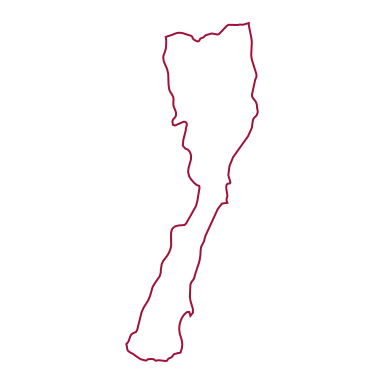 the border of Prachuap Khiri Khan
{"feature_id": "THA-420", "entity_name": "Prachuap Khiri Khan", "entity_type": "Province", "adm_level": 1, "iso_a3": "THA", "parent_name": "Thailand", "parent_adm1": "", "projection": "equal_earth", "projection_center": [99.562, 11.796], "detail": "fine", "context": "isolated", "style": "outline", "palette": "rose", "viewbox_px": 384, "rotation_deg": 0, "n_neighbors": 0, "source": "natural_earth", "source_scale": "10m", "svg_char_len": 2891}
<svg xmlns="http://www.w3.org/2000/svg" viewBox="0 0 384 384"><path d="M175.0,125.5L172.9,124.8L172.4,121.2L173.2,119.3L174.6,117.8L175.9,115.9L176.1,113.2L175.6,111.2L174.0,107.2L173.4,105.1L173.3,103.0L173.6,99.3L173.2,97.1L172.2,94.9L169.9,91.3L169.1,88.8L168.6,85.0L168.2,73.8L167.2,69.4L163.8,61.4L163.2,57.2L163.6,55.2L165.2,50.9L165.8,48.7L166.2,44.3L166.2,40.0L165.8,36.9L170.5,35.4L176.3,33.2L179.1,32.7L182.5,33.1L190.7,35.7L191.2,35.9L191.7,36.2L192.1,36.6L192.4,37.2L192.8,38.4L193.4,39.1L194.4,40.0L196.7,41.1L197.8,41.4L198.6,41.3L199.0,40.9L199.4,40.4L199.9,39.2L200.3,38.8L200.7,38.4L202.8,37.6L203.8,37.0L204.6,36.2L205.4,35.5L206.0,35.1L211.3,33.6L212.1,33.5L216.6,34.4L217.8,34.4L218.7,34.2L219.1,33.9L225.7,27.0L226.0,26.6L226.6,26.1L227.3,25.5L228.6,24.8L237.6,25.0L239.4,24.6L242.6,24.7L243.6,24.6L248.8,23.0L248.8,25.2L251.4,38.2L251.8,42.3L251.2,55.0L251.8,59.5L256.3,73.8L256.5,76.7L255.2,79.7L252.0,94.6L252.1,96.5L253.4,98.7L254.9,100.5L256.1,102.4L256.8,104.5L257.2,108.6L257.6,110.2L257.7,112.1L257.0,114.6L256.3,115.7L253.8,118.2L252.9,120.1L251.9,127.3L251.3,129.1L248.0,136.3L233.1,157.2L229.5,166.0L228.3,175.2L230.4,182.3L229.9,183.4L227.8,183.7L226.7,184.6L226.3,186.1L226.3,188.3L227.4,195.9L227.1,197.1L226.6,198.6L226.5,200.5L227.4,202.8L221.9,203.6L217.7,209.2L205.5,235.7L204.8,237.9L204.1,241.1L201.2,246.7L200.6,250.3L200.4,255.0L199.8,259.3L198.8,263.3L195.0,274.7L194.6,276.5L193.9,278.7L191.1,282.7L190.4,284.8L189.9,296.4L190.4,300.6L192.9,309.0L192.9,312.7L190.4,315.9L189.3,312.0L186.9,312.1L184.3,314.4L182.3,317.2L181.2,319.4L180.2,322.1L179.5,325.3L179.2,328.9L179.7,333.3L181.8,340.5L182.3,344.1L181.9,348.1L180.5,352.6L176.9,353.3L176.3,353.6L174.7,353.9L174.2,354.2L173.7,354.5L173.3,354.9L173.0,355.4L172.7,355.9L172.4,356.4L172.0,356.8L171.1,357.5L170.2,357.9L169.6,358.1L168.6,358.6L167.8,359.4L167.2,360.4L166.8,360.8L165.7,361.0L158.8,360.2L157.7,360.3L157.1,360.5L156.6,360.7L156.0,360.7L155.3,360.5L154.4,359.7L153.4,359.2L151.7,359.0L148.0,359.2L147.5,359.5L146.7,360.3L146.0,360.5L145.0,360.4L143.0,359.8L141.9,359.6L140.6,359.1L139.1,358.3L132.8,353.8L130.4,352.6L128.3,351.1L127.7,350.2L127.3,349.5L126.8,345.9L126.3,344.1L127.9,342.4L128.9,340.5L130.3,336.3L131.4,334.4L132.9,333.3L136.1,331.9L137.1,330.2L141.6,312.2L143.6,307.7L148.4,300.0L150.2,295.5L152.5,287.4L154.1,284.3L159.7,276.2L160.7,272.8L160.9,269.3L161.7,264.3L163.1,261.1L167.5,255.3L169.3,252.0L170.7,248.0L171.2,244.6L171.0,236.5L171.2,231.8L172.5,228.5L175.0,226.4L178.4,225.5L184.6,225.0L186.4,223.1L196.0,206.0L197.3,201.2L199.5,187.9L199.2,185.9L196.6,185.0L193.8,182.5L191.1,179.4L189.2,176.4L188.1,171.9L188.6,167.8L190.9,159.7L191.1,155.6L190.0,152.2L188.0,149.7L185.2,148.5L182.8,145.6L183.3,140.0L185.7,130.6L185.9,128.3L186.5,126.2L186.9,124.3L186.3,122.6L185.0,121.8L183.4,121.8L175.0,125.5Z" fill="none" stroke="#9f1239" stroke-width="2"/></svg>